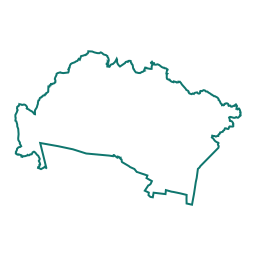 outline of Tepechitlán, Zacatecas, Mexico
{"feature_id": "50627088B62604007520144", "entity_name": "Tepechitlán", "entity_type": "district", "adm_level": 2, "iso_a3": "MEX", "parent_name": "Mexico", "parent_adm1": "Zacatecas", "projection": "natural_earth1", "projection_center": [-103.352, 21.615], "detail": "fine", "context": "isolated", "style": "outline", "palette": "teal", "viewbox_px": 256, "rotation_deg": 0, "n_neighbors": 0, "source": "geoboundaries", "source_scale": "gbopen_adm2", "svg_char_len": 5706}
<svg xmlns="http://www.w3.org/2000/svg" viewBox="0 0 256 256"><path d="M15.9,153.6L17.0,154.4L17.7,154.4L18.1,154.8L18.5,154.7L18.8,154.4L21.4,155.3L21.4,156.6L22.5,156.9L23.0,156.2L24.9,156.2L26.8,155.6L27.6,154.9L28.0,155.3L29.4,155.2L30.3,154.3L31.6,154.3L32.0,153.8L32.6,152.4L33.8,151.7L34.4,151.8L35.8,153.2L36.9,154.7L38.2,155.7L39.7,158.7L39.6,159.6L38.8,160.9L39.6,162.5L40.2,164.3L39.8,165.1L39.4,165.1L39.5,166.0L39.2,166.4L38.2,167.0L38.0,167.9L38.8,168.2L39.3,168.1L39.7,168.5L41.0,169.1L43.8,167.6L45.4,166.2L45.5,167.5L46.2,168.0L46.3,167.9L40.2,143.0L58.2,146.2L72.9,149.3L86.2,153.5L109.3,155.6L113.1,156.2L113.6,155.1L114.3,155.2L114.9,156.1L115.7,156.4L117.2,157.6L117.9,156.6L119.1,157.6L119.3,157.3L119.9,157.8L120.6,157.7L120.7,159.1L121.4,159.4L121.6,159.7L121.8,161.6L122.1,162.1L128.9,166.1L130.0,167.0L134.4,169.0L136.7,171.9L147.4,175.5L146.5,178.1L151.9,181.1L150.7,183.8L149.4,185.0L148.3,185.4L144.8,190.7L148.8,192.6L148.5,195.2L150.4,196.9L152.8,197.3L153.6,192.7L165.5,194.1L165.9,190.1L171.7,191.7L173.2,191.9L180.0,193.3L186.6,194.9L186.5,198.7L186.6,203.5L192.0,204.7L194.0,193.9L195.8,182.0L196.7,177.9L197.9,168.9L199.6,167.4L200.2,166.3L218.4,147.8L218.7,146.1L218.2,145.3L217.9,144.3L218.5,143.1L218.4,142.8L216.7,142.1L215.3,141.2L214.0,139.7L213.1,138.3L212.2,137.8L211.9,137.4L212.1,137.2L212.2,135.7L212.5,135.7L212.7,136.0L214.5,136.0L215.9,136.6L216.9,136.1L218.2,136.0L218.2,135.2L218.7,134.5L219.3,134.3L219.3,133.9L220.0,133.2L220.1,132.5L221.0,132.3L222.8,131.7L223.0,131.0L223.5,130.5L224.2,130.2L224.9,128.4L225.9,128.3L226.7,128.7L228.1,129.0L228.5,128.8L229.3,126.7L229.8,126.4L230.3,126.6L230.9,126.5L232.4,126.6L233.2,126.4L233.3,126.2L233.2,125.8L233.3,125.1L233.2,124.9L233.3,124.1L233.0,124.0L233.1,123.2L233.0,122.9L232.1,121.6L231.4,121.1L230.0,121.0L229.8,120.7L229.8,119.6L229.1,117.5L230.1,116.9L231.3,117.1L233.7,117.8L234.9,117.8L236.2,117.1L237.4,117.7L238.1,117.7L240.6,115.5L240.5,115.1L240.2,115.1L240.5,114.6L240.2,114.2L240.5,113.7L240.6,113.0L240.2,112.4L240.5,112.1L239.7,109.6L239.0,108.5L238.7,108.5L237.7,109.4L237.4,109.4L237.1,108.9L236.4,108.8L236.6,108.1L236.7,106.7L236.9,106.5L237.0,106.0L235.9,104.4L234.7,105.3L234.6,105.9L233.5,105.8L232.2,106.6L231.7,106.7L231.0,106.6L230.4,105.6L229.3,105.7L229.0,105.9L228.7,105.9L228.4,105.3L228.4,104.7L228.2,104.1L227.8,103.7L227.1,103.4L226.1,103.3L225.5,103.8L225.1,103.7L224.5,103.9L224.0,105.1L223.5,105.3L222.7,105.1L222.0,105.2L222.0,104.4L221.4,104.1L220.6,103.1L219.9,101.4L218.9,99.9L218.6,99.9L218.4,98.6L217.3,97.5L214.9,96.2L214.0,96.2L213.6,95.7L212.4,95.2L212.0,94.7L211.3,94.5L210.6,93.8L208.2,92.4L207.7,91.8L207.1,91.5L206.0,91.5L204.8,90.4L203.4,90.2L202.1,91.1L201.5,91.1L201.0,90.9L200.4,91.0L200.1,91.7L200.2,91.9L199.9,93.2L199.2,93.6L198.7,93.6L197.9,93.3L197.1,92.4L195.0,92.8L193.9,93.5L193.8,93.9L192.6,93.5L191.8,94.1L191.4,94.1L189.6,93.5L189.2,93.3L188.9,92.6L188.5,92.1L188.6,91.5L188.0,90.8L186.2,89.8L185.7,88.8L181.9,84.5L180.9,82.9L179.8,81.7L179.1,82.0L178.4,81.7L178.2,82.3L176.9,82.5L176.6,82.2L176.3,82.3L175.7,81.9L173.8,81.4L173.5,82.2L171.7,81.7L170.6,81.0L169.7,79.8L169.3,80.0L169.0,79.5L168.0,79.4L166.9,78.7L166.9,77.9L166.7,77.4L166.8,75.7L166.6,74.7L167.4,73.7L166.4,73.3L167.0,70.4L167.4,70.2L167.6,69.5L165.8,68.3L164.4,68.2L164.0,67.7L163.2,67.7L161.7,67.0L159.2,65.0L157.6,64.3L155.8,64.7L153.9,64.5L154.0,63.2L152.9,63.1L152.0,61.8L151.6,62.3L151.0,62.6L151.2,63.3L152.0,63.6L152.4,64.3L151.6,66.8L151.7,67.8L151.6,68.9L150.5,68.9L146.4,68.2L146.4,67.8L145.2,67.6L144.6,69.0L144.6,69.5L144.1,70.1L144.1,70.6L144.4,70.8L143.9,71.0L142.6,71.9L142.0,71.9L140.0,73.1L139.2,72.9L138.2,73.0L137.3,72.6L136.1,72.5L135.3,71.7L134.3,70.3L134.0,69.3L133.4,68.9L133.0,67.5L132.9,66.2L132.5,64.7L131.8,64.2L131.6,63.3L131.4,63.2L130.9,62.6L130.7,61.0L129.9,60.8L128.4,60.9L127.8,61.9L127.0,61.6L125.9,61.9L125.3,62.5L125.1,63.0L120.0,66.5L118.7,65.3L117.7,63.8L117.2,62.7L117.0,61.1L117.1,59.8L116.7,58.8L115.5,61.1L114.7,62.3L112.9,64.0L111.4,64.4L110.7,64.8L109.5,66.8L107.3,66.5L107.3,65.9L108.2,65.0L107.9,64.5L106.7,64.2L106.7,63.5L107.7,63.0L107.7,62.4L107.9,62.7L108.2,62.7L108.0,61.8L108.5,61.5L108.8,60.1L108.3,58.1L107.4,56.7L107.3,56.0L107.0,55.9L106.2,55.2L103.5,54.4L102.3,53.2L100.9,52.4L100.5,52.4L99.8,53.0L99.3,53.2L97.3,53.1L94.4,52.4L92.2,51.5L88.3,51.3L88.3,52.1L87.9,53.1L87.7,53.4L87.1,53.6L86.4,54.7L85.6,54.7L85.3,55.1L84.6,55.1L83.3,55.6L81.1,56.1L79.8,59.7L78.7,58.9L77.4,60.9L76.0,61.4L74.7,62.3L71.9,63.3L70.8,64.0L69.9,65.5L69.6,67.6L69.1,67.7L68.4,69.4L68.9,69.6L68.6,71.7L68.2,72.5L63.2,73.1L60.7,72.7L60.5,72.4L60.0,72.4L57.4,73.2L56.5,74.0L56.5,75.0L55.3,77.4L54.8,79.0L55.4,80.3L55.4,81.9L55.3,82.3L54.8,82.4L54.4,83.2L53.7,83.5L52.2,83.8L52.1,84.1L50.9,84.0L50.6,85.3L49.7,85.3L49.4,86.6L48.4,86.5L48.2,91.7L48.0,92.0L47.0,92.8L46.3,93.0L45.7,94.3L44.8,94.5L44.7,95.3L43.2,95.5L42.5,96.2L42.3,96.6L41.9,96.6L41.4,97.0L40.8,97.7L40.4,97.7L40.0,97.9L39.7,98.4L39.3,99.9L39.0,100.3L38.4,100.5L37.9,102.7L37.9,103.9L37.5,104.9L36.8,107.4L35.1,110.1L34.9,111.2L35.0,114.2L34.5,114.1L33.9,113.6L33.3,112.7L32.2,111.6L29.5,110.1L28.6,109.3L27.1,108.8L27.0,108.3L26.8,108.2L27.1,107.7L26.8,106.5L25.4,105.0L24.5,104.6L23.2,104.6L22.8,104.9L21.4,104.8L20.8,104.3L19.5,104.3L19.3,104.2L19.2,104.8L18.5,106.2L18.0,106.2L17.2,106.9L17.0,108.8L17.3,109.2L17.6,109.9L17.6,110.3L17.0,111.1L17.1,111.5L16.7,112.4L15.4,114.9L15.4,117.2L15.7,117.8L15.4,120.7L16.3,121.3L17.2,124.4L17.3,126.5L18.2,128.8L18.6,134.2L18.2,138.2L18.3,139.9L18.9,141.0L19.7,142.2L19.9,142.7L19.8,143.6L21.2,146.2L20.3,146.9L18.5,147.3L17.1,148.7L16.8,150.3L15.8,152.1L16.2,153.1L15.9,153.6Z" fill="none" stroke="#0f766e" stroke-width="2"/></svg>